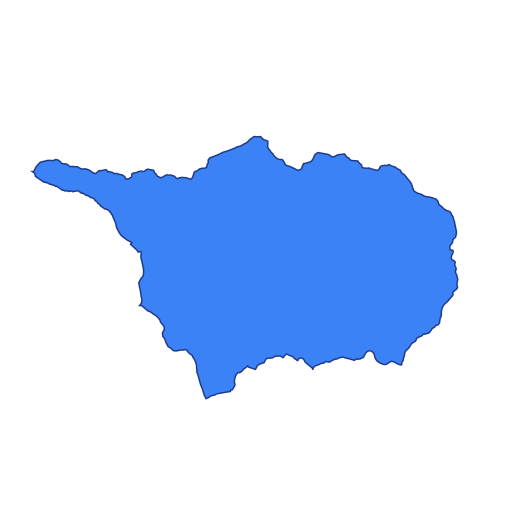 Sakteng, Tashigang, Bhutan, rotated 168°
{"feature_id": "84629894B26708825657570", "entity_name": "Sakteng", "entity_type": "district", "adm_level": 2, "iso_a3": "BTN", "parent_name": "Bhutan", "parent_adm1": "Tashigang", "projection": "mercator", "projection_center": [91.93, 27.381], "detail": "fine", "context": "isolated", "style": "filled", "palette": "blue", "viewbox_px": 512, "rotation_deg": 168, "n_neighbors": 0, "source": "geoboundaries", "source_scale": "gbopen_adm2", "svg_char_len": 6086}
<svg xmlns="http://www.w3.org/2000/svg" viewBox="0 0 512 512"><g transform="rotate(168 256 256)"><path d="M457.2,385.1L455.2,382.9L455.2,379.8L448.0,372.2L446.9,372.2L445.9,371.1L444.8,371.1L442.7,369.0L441.7,368.9L440.6,367.9L439.6,367.8L437.5,365.7L436.5,365.7L431.3,360.3L430.2,360.3L429.2,359.2L427.1,359.2L426.1,358.1L422.9,358.0L421.9,357.0L416.6,356.9L413.5,353.6L412.4,353.6L409.3,350.4L408.3,350.4L405.1,347.2L404.1,347.1L402.0,345.0L402.0,343.9L400.0,341.8L400.0,340.7L397.9,338.6L397.9,337.5L393.8,333.2L392.7,333.2L389.6,330.0L389.6,328.9L388.6,327.8L388.6,326.8L388.2,326.3L386.4,317.1L386.5,313.1L385.2,308.0L384.3,305.6L383.1,303.4L378.5,298.2L374.6,295.0L376.3,293.5L371.2,286.5L370.5,284.4L367.9,284.3L367.5,282.8L368.4,280.6L368.9,278.3L368.7,273.0L368.8,266.1L369.7,261.9L370.6,260.1L371.5,259.1L373.2,257.9L376.2,254.2L376.4,250.0L376.3,246.7L376.7,240.2L376.6,237.7L377.4,234.2L380.2,231.8L377.9,231.0L373.4,225.0L371.1,223.4L369.9,222.3L368.1,220.1L366.4,218.7L364.9,216.5L363.3,213.3L363.1,211.2L360.5,206.1L361.2,202.9L363.6,200.1L363.8,196.6L362.6,194.3L362.0,190.1L360.8,185.7L357.9,182.8L357.6,182.1L356.7,180.8L354.1,179.7L349.5,179.7L346.4,179.1L343.9,179.1L341.8,175.1L339.0,171.9L338.9,170.7L337.7,167.6L337.1,164.6L336.9,161.2L337.4,158.8L337.6,156.0L338.0,154.8L337.6,152.6L336.9,141.5L336.1,137.4L335.5,130.4L334.5,126.9L332.1,127.3L329.0,128.6L325.2,128.6L323.2,129.3L314.5,129.1L309.3,128.8L308.7,129.9L306.9,130.1L303.8,133.5L303.3,134.7L303.3,137.6L302.9,138.7L302.1,140.8L301.0,142.8L299.9,144.2L297.8,145.7L296.3,145.4L295.3,145.5L294.2,146.3L292.9,146.7L291.7,148.0L290.2,148.5L287.1,150.2L286.6,149.7L286.7,149.3L286.4,148.9L280.1,145.2L277.4,148.4L276.4,149.0L273.5,149.7L270.4,149.9L267.9,152.9L266.6,153.5L265.9,153.6L261.3,152.9L259.8,153.3L258.5,154.0L254.1,153.4L253.4,153.2L252.3,152.5L250.7,150.9L250.3,151.1L249.1,152.3L246.8,153.7L246.2,153.6L243.8,151.7L241.3,150.2L240.8,149.7L239.7,147.8L237.9,146.0L237.6,145.4L236.9,145.0L236.0,146.3L234.9,146.9L234.4,147.0L232.5,146.7L232.0,146.3L231.2,145.6L230.6,144.4L230.0,142.0L224.3,134.8L224.0,133.5L223.6,133.7L223.3,134.5L222.7,135.2L221.7,135.9L219.3,136.5L216.6,136.7L215.0,137.4L212.0,137.1L210.1,138.2L209.6,138.2L206.3,136.9L203.7,137.8L200.1,138.7L198.4,138.4L196.3,139.0L193.6,139.2L191.7,138.9L189.2,137.4L185.2,135.6L181.6,133.6L180.9,133.6L180.3,134.3L179.7,134.4L178.0,133.9L175.5,133.7L172.2,134.5L171.7,134.9L169.0,138.1L168.0,139.0L166.1,139.7L165.2,139.7L163.8,139.4L163.1,139.1L161.5,137.3L160.8,135.3L160.8,132.6L160.4,130.4L159.4,128.1L157.0,125.6L154.1,123.6L152.1,122.9L150.1,123.2L147.0,124.5L145.1,124.8L143.4,123.9L139.2,120.5L136.9,119.2L136.1,119.5L135.8,120.3L135.6,121.4L135.0,122.2L134.0,122.9L133.7,123.4L132.8,125.7L131.4,127.9L130.8,130.1L130.1,131.0L129.1,132.1L126.3,133.8L124.0,135.8L122.7,137.4L121.0,138.4L117.6,139.5L116.4,141.4L115.2,142.5L110.5,143.4L108.7,144.7L106.3,144.4L105.2,144.8L104.6,144.6L103.0,144.7L100.5,146.6L98.6,148.5L97.2,149.0L96.3,149.0L95.0,150.6L92.5,150.8L91.1,151.7L90.3,152.5L89.2,156.0L87.2,159.0L86.3,162.9L85.0,165.9L83.0,168.7L81.5,169.8L77.9,171.8L75.4,173.9L72.2,176.1L71.4,177.0L71.1,179.4L70.1,180.2L66.5,182.0L65.4,183.3L65.5,185.6L65.3,186.6L65.0,188.0L63.5,190.9L63.7,196.5L64.3,197.4L64.0,200.3L63.8,200.8L63.2,200.8L62.9,202.1L62.9,203.3L63.5,205.1L63.5,205.8L62.4,208.6L63.0,209.9L65.1,211.6L65.4,213.1L65.0,215.0L64.0,216.5L62.8,218.0L62.1,219.8L62.3,220.7L64.5,221.5L64.8,222.4L64.6,224.4L64.3,225.8L62.2,227.1L61.2,228.1L60.9,228.5L60.7,229.4L60.2,230.2L60.2,230.7L59.1,231.7L56.9,232.9L55.3,236.4L54.9,238.3L54.8,248.5L55.1,250.9L55.1,253.3L56.2,256.0L56.5,258.2L58.4,259.9L60.0,260.8L62.7,263.2L63.3,264.5L66.1,268.1L66.6,269.6L66.6,271.4L67.8,273.9L70.8,275.9L73.2,277.2L77.1,278.6L79.2,279.8L81.1,281.7L85.1,284.0L87.5,286.2L87.9,286.8L88.3,288.5L88.9,293.9L89.5,295.8L93.9,304.6L95.2,305.8L96.4,307.4L96.9,309.7L100.0,312.4L101.3,314.0L104.8,315.9L106.0,317.1L107.3,317.9L108.2,317.4L109.4,317.3L111.4,318.0L115.1,317.9L115.9,317.5L117.2,315.8L118.8,314.5L120.5,314.9L125.0,317.2L127.0,318.5L130.3,319.0L133.2,320.1L133.9,321.0L133.8,323.1L135.6,325.3L136.7,327.8L141.6,329.2L143.7,330.1L144.5,332.0L147.2,334.7L147.7,336.6L148.3,337.4L154.9,338.0L158.5,337.0L161.4,337.3L162.3,338.7L164.0,340.2L173.5,344.2L174.4,344.2L177.0,343.1L178.9,340.8L179.8,339.3L182.2,337.1L186.8,336.4L190.2,336.5L192.4,333.6L193.0,332.3L194.4,331.3L197.4,331.2L202.4,335.2L204.5,336.7L207.3,338.2L208.5,339.5L208.5,340.7L209.8,344.2L210.9,345.2L212.5,345.3L214.3,346.3L216.2,348.2L217.8,350.7L218.1,352.3L219.5,353.9L220.3,356.1L221.0,357.3L222.1,360.2L221.6,361.5L220.6,365.8L221.7,366.7L224.2,368.1L225.8,370.2L226.2,371.3L227.3,372.0L230.7,372.4L232.2,373.1L233.4,373.1L237.2,371.5L241.6,368.7L244.3,368.1L248.2,366.8L252.2,366.6L254.6,365.9L259.7,365.0L263.6,364.5L266.3,364.4L271.7,363.0L279.1,361.8L280.6,361.7L282.9,359.8L283.2,357.2L284.5,356.0L285.9,353.1L287.7,352.5L290.2,353.0L292.5,353.0L294.3,352.4L295.9,351.5L298.0,351.4L299.2,350.6L301.5,346.2L303.8,344.6L308.0,347.0L312.2,348.3L314.9,348.4L317.0,348.0L317.7,348.6L318.3,349.6L319.5,351.2L322.5,352.9L324.4,353.2L326.3,353.9L327.5,353.8L331.5,352.4L333.2,352.5L336.1,354.7L336.3,355.9L336.9,357.1L337.4,357.9L337.9,358.3L338.2,360.8L338.4,361.1L340.0,361.9L342.1,362.6L343.6,363.4L345.1,363.3L347.0,362.3L348.2,362.0L349.1,362.2L350.5,362.9L351.7,363.0L353.8,363.0L354.5,362.6L357.3,362.4L358.3,362.7L359.4,362.5L360.6,361.8L360.8,360.3L361.6,358.9L363.3,358.5L364.1,358.1L367.5,358.3L367.7,359.0L367.7,360.4L369.0,362.2L370.4,363.4L372.9,364.3L374.6,365.5L375.9,365.9L377.3,365.9L379.0,367.5L382.1,369.1L383.2,369.1L383.5,369.4L384.3,371.2L385.0,371.6L390.3,371.7L391.9,372.2L392.8,371.5L395.6,370.1L396.3,370.1L397.4,370.7L398.8,372.0L401.6,375.0L404.7,376.7L408.1,377.2L409.7,378.2L412.1,380.4L418.1,382.0L419.8,382.3L420.6,383.8L421.9,385.2L426.6,386.8L428.3,389.6L429.6,390.9L430.3,391.4L431.3,391.7L432.7,392.0L433.6,391.4L439.9,392.8L447.5,392.6L452.4,389.1L455.9,384.8L457.2,385.1Z" fill="#3b82f6" stroke="#1e3a8a" stroke-width="1.5"/></g></svg>